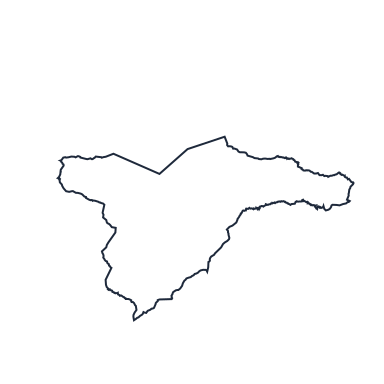 Tano South Municipal, Brong Ahafo, Ghana (Robinson projection), rotated 229°
{"feature_id": "2480657B7981851544250", "entity_name": "Tano South Municipal", "entity_type": "district", "adm_level": 2, "iso_a3": "GHA", "parent_name": "Ghana", "parent_adm1": "Brong Ahafo", "projection": "robinson", "projection_center": [-2.05, 7.161], "detail": "fine", "context": "isolated", "style": "outline", "palette": "slate", "viewbox_px": 384, "rotation_deg": 229, "n_neighbors": 0, "source": "geoboundaries", "source_scale": "gbopen_adm2", "svg_char_len": 6002}
<svg xmlns="http://www.w3.org/2000/svg" viewBox="0 0 384 384"><g transform="rotate(229 192 192)"><path d="M212.3,252.9L227.3,216.8L227.0,179.3L272.4,157.8L275.2,150.0L276.4,148.1L277.1,146.4L277.7,146.4L281.9,142.6L281.7,140.8L282.0,140.0L281.9,139.5L282.1,138.5L282.7,137.8L284.0,137.5L285.3,134.7L286.2,133.9L291.2,130.4L291.8,130.7L293.4,129.9L294.0,129.3L294.5,126.9L295.7,126.4L297.9,124.2L299.2,121.6L300.6,119.5L301.4,119.2L302.4,117.4L301.7,114.4L302.1,113.3L301.5,113.6L300.8,113.1L299.3,113.3L298.3,112.8L297.1,113.1L296.1,112.4L294.9,107.6L293.8,106.3L293.3,106.2L293.1,105.6L291.7,104.1L290.6,101.6L290.5,100.0L289.8,100.5L289.7,100.3L289.0,100.4L288.9,100.9L288.7,100.9L288.7,100.4L288.3,100.6L288.0,99.8L287.0,99.4L286.4,98.8L285.4,98.6L283.1,98.7L281.6,98.0L279.0,97.5L275.2,97.5L272.7,99.4L271.4,101.9L270.8,102.7L267.6,103.8L266.2,105.3L263.7,107.0L262.2,107.6L259.1,107.8L257.8,108.7L257.1,108.1L253.7,109.3L252.4,110.0L252.2,110.6L251.4,111.3L250.6,111.2L250.4,111.9L249.0,113.1L245.9,115.0L244.9,115.2L244.1,116.0L243.4,116.1L241.7,117.3L239.9,117.5L235.2,111.2L234.8,110.8L232.9,110.3L231.1,108.2L227.1,108.9L225.2,107.9L224.0,107.7L222.4,108.4L220.8,108.6L218.1,108.4L215.0,110.9L211.7,107.6L208.8,95.8L207.9,93.0L206.5,91.0L206.3,85.1L204.6,84.3L203.2,84.1L201.7,83.3L200.7,82.0L198.9,81.9L198.1,81.6L196.6,81.6L195.3,82.3L194.2,81.6L193.5,81.5L192.1,81.9L190.9,81.1L189.7,81.4L188.8,81.1L187.6,81.4L182.4,69.2L178.4,66.2L176.2,65.3L173.8,65.4L173.7,64.9L173.3,65.1L172.9,64.9L172.5,66.1L171.6,65.8L170.9,66.5L169.9,67.0L168.8,66.4L167.9,67.1L167.5,67.1L167.1,67.4L166.8,67.2L165.8,67.7L165.7,68.2L164.5,69.4L164.5,69.8L163.2,69.0L161.9,69.6L160.9,69.5L160.6,70.5L160.1,70.8L158.1,71.2L157.0,71.8L156.2,71.6L155.4,72.2L154.7,71.8L153.1,73.7L152.0,74.4L150.2,75.1L149.4,74.4L148.6,74.2L147.7,75.2L146.1,75.4L144.1,74.8L142.9,74.9L139.4,72.7L138.7,69.7L137.6,67.2L136.4,66.0L133.3,64.1L133.0,66.5L133.0,68.1L132.5,69.4L132.6,71.6L132.2,73.6L132.3,74.9L133.2,76.6L132.4,76.9L130.8,78.1L131.4,80.6L130.5,83.2L130.5,84.9L129.8,85.9L129.5,87.3L131.2,90.9L131.9,91.7L132.1,92.6L132.1,94.5L132.9,95.2L132.2,97.0L124.5,106.4L124.9,107.4L126.1,107.6L126.5,108.2L127.2,108.5L127.7,110.2L128.2,110.8L128.8,112.1L128.4,115.3L127.7,116.6L127.0,117.4L126.9,119.7L127.7,123.0L129.1,125.2L130.1,128.1L130.0,129.5L130.4,131.1L129.6,133.2L128.6,135.2L128.6,136.9L128.1,138.6L128.4,140.3L127.6,141.8L127.2,143.7L127.4,145.2L127.2,147.0L126.0,149.3L124.3,151.2L123.5,151.6L121.9,151.2L124.5,154.8L128.4,158.5L128.2,159.2L128.4,160.4L129.7,161.4L130.3,162.5L130.7,164.1L130.1,167.6L130.6,168.9L131.1,177.7L132.4,181.3L132.4,183.7L131.9,186.5L132.1,189.0L132.9,190.1L135.8,191.5L136.7,192.3L137.8,192.6L138.9,193.6L140.8,193.7L141.1,197.4L140.1,200.5L139.9,205.4L141.3,208.2L141.7,208.5L142.4,211.6L142.9,212.4L143.1,214.1L143.8,214.7L143.6,215.7L144.6,218.0L144.3,218.7L143.5,219.1L143.2,219.7L143.1,220.6L143.4,221.1L143.1,221.1L143.7,222.2L142.4,223.3L142.4,224.9L141.2,225.1L140.4,226.4L138.9,227.0L139.2,227.4L139.2,227.8L138.1,228.3L137.7,229.7L137.9,230.0L137.5,230.0L137.3,230.4L136.3,230.2L136.6,231.1L135.8,231.4L135.5,231.2L135.3,231.8L135.1,231.7L135.4,232.6L136.3,232.7L136.4,233.9L135.9,234.6L135.8,235.3L134.7,236.3L134.2,236.3L134.0,238.2L133.4,239.6L134.0,239.9L132.5,240.8L132.1,242.2L131.4,243.0L131.3,243.4L131.6,244.0L131.3,244.7L130.8,245.1L131.0,245.4L130.6,245.5L130.2,246.6L129.6,247.1L129.7,247.3L129.1,247.4L129.0,248.7L128.3,249.7L128.2,250.1L128.4,250.3L128.0,251.1L127.2,252.2L126.7,252.2L126.4,253.4L126.0,253.5L125.6,253.9L125.2,254.9L123.7,255.8L123.5,255.5L122.6,255.8L121.6,256.6L121.1,256.5L120.3,257.1L119.9,256.9L118.8,257.6L117.7,257.8L117.6,259.2L115.7,261.9L116.6,263.8L116.2,264.3L116.3,265.0L115.2,265.6L114.1,267.2L113.2,268.1L113.0,269.1L113.6,269.8L113.3,270.8L112.8,270.7L112.6,269.7L112.3,269.6L111.4,271.0L109.3,271.6L109.0,272.5L108.3,272.4L108.2,272.7L107.4,272.4L107.3,272.1L106.5,273.0L105.9,272.9L105.6,273.2L105.2,273.0L104.3,273.1L104.2,273.6L103.8,273.5L103.7,274.0L102.6,274.4L102.3,275.3L101.4,275.8L101.0,275.7L100.6,276.5L100.2,275.2L99.8,275.3L97.9,275.0L97.7,275.2L97.0,275.3L97.4,275.8L98.2,276.1L98.6,277.7L97.2,278.6L97.0,278.0L96.6,278.2L95.4,278.1L95.9,278.4L95.6,278.7L95.4,279.3L95.1,279.3L94.8,279.9L94.8,281.5L95.1,282.0L92.6,280.8L90.3,280.9L89.1,283.4L88.9,285.2L89.5,287.3L90.3,288.4L90.2,289.6L87.4,292.6L85.1,294.6L83.8,298.1L82.3,300.8L82.3,302.8L81.8,303.4L81.6,304.3L81.7,305.1L84.5,303.9L86.5,307.9L87.8,308.8L88.4,309.8L90.7,312.4L91.0,313.7L92.0,315.1L92.2,318.6L92.8,319.8L93.5,319.9L93.7,319.4L94.6,319.2L94.9,318.8L98.9,319.1L99.3,317.9L101.3,318.4L101.8,317.8L103.1,317.3L104.1,318.0L104.2,317.6L106.4,316.9L106.7,316.2L107.4,316.2L107.8,315.8L109.0,315.8L109.1,316.2L109.9,316.1L110.4,315.5L110.5,312.7L111.2,311.5L111.3,310.5L111.9,309.9L112.6,308.1L113.5,307.1L114.1,304.7L114.9,304.9L116.6,303.4L117.2,302.3L119.1,302.1L119.7,300.8L121.1,299.3L123.7,299.5L124.5,297.8L125.8,296.3L128.7,295.6L129.4,294.9L130.8,294.8L131.6,294.4L132.8,293.2L132.8,292.9L133.6,292.4L133.9,291.4L135.2,290.2L136.2,290.3L136.8,289.9L137.6,290.2L137.8,290.0L138.1,290.4L141.7,288.6L142.8,289.6L143.0,290.2L144.1,290.3L144.0,290.9L144.6,291.1L144.5,291.6L144.8,291.6L147.1,289.8L148.8,290.2L149.6,289.7L150.3,290.0L152.2,289.2L152.3,288.5L153.2,287.4L153.2,286.9L153.8,286.5L154.1,286.7L154.4,286.5L154.6,285.6L155.1,285.9L156.3,285.7L156.2,285.3L156.5,285.0L156.3,284.8L156.7,284.2L158.5,283.4L158.7,282.9L159.7,282.4L160.4,281.5L160.9,281.4L161.0,280.9L161.9,280.3L162.2,280.4L162.5,280.1L162.9,280.3L163.3,279.4L163.3,277.4L163.9,275.7L165.6,272.6L166.0,272.5L167.4,270.7L169.1,269.3L170.0,268.2L170.8,266.9L171.1,265.9L173.0,264.1L173.9,263.9L175.0,262.9L176.6,261.4L178.4,260.8L183.0,257.8L184.4,258.3L186.3,258.4L187.8,257.3L190.6,254.2L192.0,253.6L194.5,253.9L197.0,252.5L197.7,251.5L199.5,252.0L200.3,251.7L201.7,250.6L202.8,249.2L204.4,249.3L205.4,250.4L212.3,252.9Z" fill="none" stroke="#1e293b" stroke-width="2"/></g></svg>